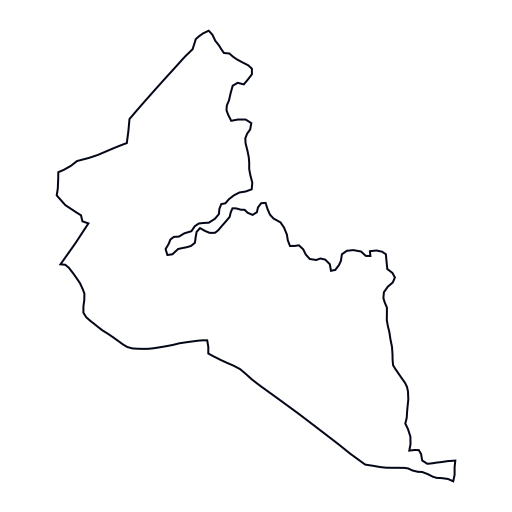 Jomvu, Coast, Kenya (Robinson projection)
{"feature_id": "3690345B21268923503814", "entity_name": "Jomvu", "entity_type": "district", "adm_level": 2, "iso_a3": "KEN", "parent_name": "Kenya", "parent_adm1": "Coast", "projection": "robinson", "projection_center": [39.609, -3.99], "detail": "fine", "context": "isolated", "style": "outline", "palette": "ink", "viewbox_px": 512, "rotation_deg": 0, "n_neighbors": 0, "source": "geoboundaries", "source_scale": "gbopen_adm2", "svg_char_len": 3306}
<svg xmlns="http://www.w3.org/2000/svg" viewBox="0 0 512 512"><path d="M453.2,481.3L454.6,474.8L454.6,467.2L455.3,460.6L447.9,461.1L441.1,462.1L436.6,462.6L432.4,463.3L427.3,463.8L422.2,460.5L421.1,454.1L418.8,450.1L414.5,450.0L409.3,450.6L410.5,444.2L410.4,436.6L407.9,428.9L405.3,423.6L406.7,417.9L407.2,410.5L407.8,404.2L408.3,399.7L408.0,391.5L407.0,386.9L405.0,382.8L401.5,377.9L398.0,372.8L395.3,368.9L393.1,365.3L392.6,359.9L392.5,354.4L392.0,346.9L390.5,339.6L389.3,331.8L387.9,326.3L386.8,320.2L386.9,313.9L386.9,307.5L384.7,302.4L383.4,298.1L383.9,292.2L387.8,286.7L392.8,282.4L394.9,277.5L392.5,273.0L387.3,269.0L386.4,260.1L385.9,254.3L382.1,251.7L376.3,250.5L369.9,251.2L370.4,256.0L365.8,255.9L361.0,251.5L353.2,250.1L346.8,250.8L341.9,254.3L340.9,260.9L339.0,265.0L335.3,269.9L331.0,270.8L329.8,264.2L325.2,259.6L320.4,258.5L316.2,260.0L309.8,259.0L305.8,254.6L303.2,249.3L298.9,245.3L295.0,245.9L290.0,246.0L287.8,240.3L286.9,234.6L284.0,227.5L280.5,222.4L273.5,218.5L270.0,214.7L267.6,209.3L265.6,202.9L261.2,203.2L258.0,207.4L256.9,212.2L252.6,214.9L247.7,212.8L244.6,209.8L240.8,209.7L236.3,208.4L232.5,208.3L230.8,212.2L229.6,217.0L225.6,221.7L221.8,226.0L218.3,230.2L215.0,232.8L209.8,232.9L205.1,231.0L200.0,228.1L196.6,231.9L195.7,237.0L194.9,242.8L190.9,246.0L186.4,247.3L182.6,248.0L178.1,249.0L172.4,254.3L167.4,255.0L165.6,249.1L168.7,243.8L170.4,239.5L173.8,236.9L178.9,236.6L184.4,233.3L191.4,231.2L194.8,226.2L198.8,223.5L203.2,223.0L208.8,222.7L214.9,218.8L218.9,214.1L219.4,208.8L221.3,204.1L225.4,203.3L228.9,199.2L233.8,195.4L239.4,192.5L245.7,191.5L251.7,189.3L252.3,182.7L250.3,175.0L249.2,169.1L249.2,162.9L248.8,157.5L247.4,150.5L245.6,143.5L245.3,138.4L247.1,133.7L250.2,129.4L251.3,123.1L245.6,119.5L238.1,119.5L231.2,120.8L228.0,114.4L226.5,110.2L226.8,105.6L229.0,100.3L230.7,92.9L232.7,85.7L237.7,82.8L243.8,84.4L247.8,79.6L251.9,74.3L251.9,68.7L248.2,65.3L242.3,62.3L236.6,59.2L232.9,56.6L229.4,53.5L223.9,53.0L221.4,49.4L219.1,45.6L215.3,40.8L212.4,34.7L208.7,30.7L203.2,33.3L199.2,36.1L195.8,39.1L194.4,43.6L192.6,49.2L188.6,53.1L185.5,56.1L182.5,59.3L178.3,64.0L174.5,68.2L170.7,72.4L167.2,76.2L155.5,89.2L144.6,101.5L137.0,110.2L129.5,119.0L128.4,130.9L126.8,143.1L123.1,144.4L114.3,147.9L107.5,150.8L102.6,152.9L97.7,155.0L89.0,157.9L77.1,161.0L70.8,165.9L63.9,169.8L58.3,172.2L58.2,179.0L57.8,188.5L56.7,195.4L65.3,205.1L76.5,212.5L81.0,215.3L82.4,221.3L88.4,223.4L75.5,243.1L60.5,264.3L65.3,264.8L68.8,267.7L72.9,273.0L76.2,277.6L80.0,283.2L82.8,289.3L84.4,293.6L84.3,300.0L83.4,306.5L83.4,312.7L86.2,317.2L90.1,320.7L94.0,323.7L97.3,326.4L102.3,330.3L107.5,333.5L113.8,337.8L119.1,341.6L122.9,344.4L127.3,347.0L132.2,348.4L136.8,348.7L142.8,348.9L148.4,348.8L153.3,348.3L157.8,347.6L163.9,346.6L168.9,345.7L173.4,344.8L179.3,343.3L187.4,342.1L193.3,341.3L198.9,340.6L203.0,340.3L207.2,340.3L208.3,346.9L208.3,353.5L213.8,356.5L221.0,360.1L226.9,362.8L233.6,365.7L240.2,369.2L246.1,374.2L251.5,379.1L257.0,383.4L261.4,386.7L280.1,400.2L298.7,413.8L303.3,417.3L318.6,429.0L338.4,444.2L350.6,454.0L365.2,464.6L372.4,465.7L380.4,467.1L386.2,467.7L392.3,467.8L397.8,467.8L404.2,467.9L408.0,468.4L412.5,470.5L417.9,471.8L422.2,472.0L427.7,474.1L433.0,476.8L436.8,477.9L441.7,478.1L448.1,479.0L453.2,481.3Z" fill="none" stroke="#020617" stroke-width="2"/></svg>